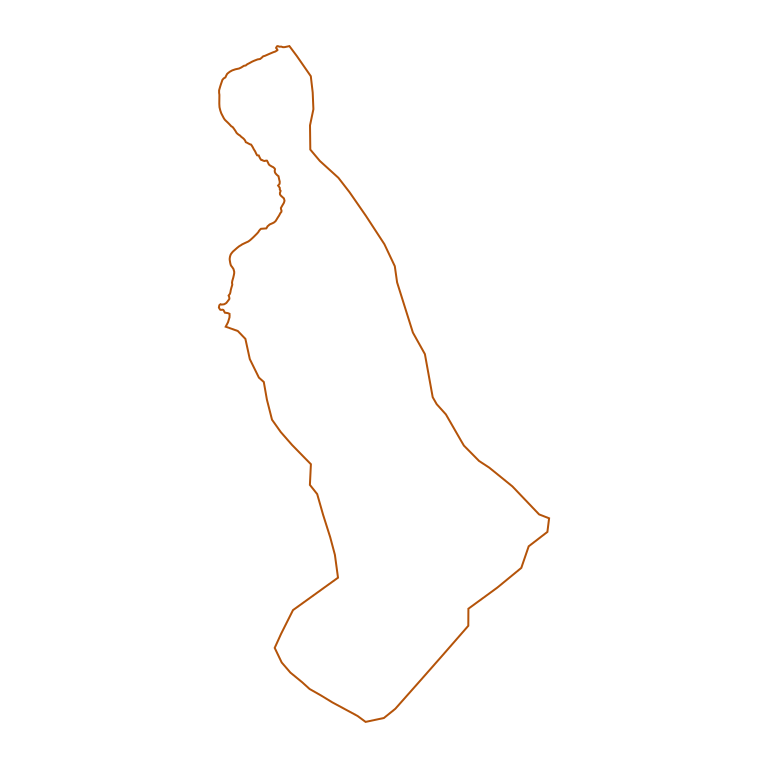 Ouani, Andjouân, Comoros
{"feature_id": "10938185B16418977449415", "entity_name": "Ouani", "entity_type": "district", "adm_level": 2, "iso_a3": "COM", "parent_name": "Comoros", "parent_adm1": "Andjouân", "projection": "mercator", "projection_center": [44.433, -12.159], "detail": "fine", "context": "isolated", "style": "outline", "palette": "amber", "viewbox_px": 768, "rotation_deg": 0, "n_neighbors": 0, "source": "geoboundaries", "source_scale": "gbopen_adm2", "svg_char_len": 3250}
<svg xmlns="http://www.w3.org/2000/svg" viewBox="0 0 768 768"><path d="M289.4,46.1L284.8,47.1L283.0,47.2L281.2,46.6L279.5,46.7L277.8,46.1L276.9,46.4L276.1,47.9L277.4,49.8L277.4,50.2L275.4,51.5L273.1,52.3L269.3,53.9L265.0,55.8L263.2,56.3L261.5,57.9L260.1,59.0L257.6,59.4L254.0,60.8L252.0,61.7L249.3,63.2L247.3,64.2L245.7,65.5L243.9,65.8L241.4,67.4L239.1,68.5L235.4,69.3L232.2,70.4L229.7,71.8L228.3,72.9L227.2,73.8L226.2,75.6L225.4,77.4L223.7,78.4L222.4,79.9L221.9,81.4L220.8,84.6L220.1,86.8L219.1,90.3L219.1,92.8L219.4,94.8L219.3,103.7L219.5,107.2L220.3,110.5L221.3,113.4L223.8,118.2L224.8,119.7L226.0,120.9L227.6,122.4L229.0,123.8L230.3,125.2L231.3,126.3L232.6,127.0L233.7,128.4L234.6,129.7L235.6,131.2L236.5,132.8L237.6,133.9L238.8,134.8L240.1,135.6L241.1,136.7L243.2,138.3L244.1,139.2L245.1,140.5L245.8,142.2L246.8,142.6L248.6,143.6L250.2,144.4L251.1,144.6L251.9,145.8L252.9,147.5L253.7,149.1L255.2,151.5L256.1,153.5L257.1,155.3L258.8,155.5L259.6,157.4L260.3,158.7L261.3,160.0L262.4,160.1L263.2,160.7L264.6,161.0L266.1,160.6L267.0,160.7L267.8,162.2L268.8,164.3L269.5,165.1L270.5,165.7L271.8,166.5L273.1,167.1L274.4,168.2L275.0,169.1L274.7,171.0L275.0,172.5L275.7,173.6L277.1,175.1L278.5,176.2L278.8,177.7L279.3,180.0L279.7,181.4L279.7,182.5L279.6,183.8L278.4,185.2L278.1,185.6L278.7,186.3L279.8,187.9L279.8,189.6L280.6,190.9L279.9,193.0L280.0,194.4L280.7,195.5L283.9,198.4L284.5,200.6L284.4,201.2L283.9,202.8L282.2,205.7L280.9,208.0L281.0,209.0L281.5,210.7L281.4,211.8L280.3,213.2L279.0,215.7L278.0,217.2L275.6,221.1L274.1,222.4L272.8,223.1L271.2,223.8L269.6,224.5L268.3,225.7L267.6,226.2L267.0,227.3L266.3,228.4L261.0,228.8L260.2,229.5L259.0,230.9L258.4,232.0L257.0,233.6L255.1,235.5L253.7,236.9L252.2,238.3L250.2,240.1L248.3,241.5L246.1,242.5L244.4,243.3L241.9,244.5L241.6,244.8L239.1,246.3L237.1,247.9L234.6,250.1L232.9,251.6L231.5,253.3L230.7,254.5L230.0,256.6L229.7,258.5L229.7,259.8L230.2,262.8L230.7,264.9L231.3,266.0L232.2,267.1L233.5,269.1L234.2,271.7L234.2,273.2L233.8,275.3L233.3,277.5L232.3,280.9L232.0,282.8L232.3,284.7L231.4,287.7L230.8,289.9L230.4,292.2L230.0,293.7L228.6,295.6L229.0,296.4L229.3,297.6L229.4,298.8L228.7,299.9L227.4,301.6L226.3,303.0L225.0,303.8L224.0,304.3L223.0,304.4L221.6,304.6L220.6,304.2L219.6,304.9L219.2,305.8L218.9,307.6L219.4,308.5L220.1,309.6L220.9,309.9L221.7,309.8L222.7,309.7L223.4,310.0L224.9,312.7L227.8,313.1L229.5,313.8L229.6,315.5L229.5,317.4L228.0,322.3L225.7,326.7L237.8,331.0L245.4,338.9L249.8,359.1L258.9,377.6L263.8,382.0L266.9,399.6L272.0,419.7L280.8,432.1L292.0,444.9L304.9,458.1L310.9,464.2L309.9,484.9L317.2,494.1L323.1,514.8L330.2,537.2L334.9,554.8L338.0,577.7L293.0,610.1L281.1,633.8L274.7,647.9L281.7,662.5L290.4,672.6L302.1,682.2L309.6,689.0L320.9,695.4L332.2,702.3L357.6,716.0L365.6,721.9L383.9,718.0L395.3,708.8L419.4,681.6L441.6,656.4L468.3,625.8L468.4,608.7L497.3,587.6L521.3,567.9L528.7,546.3L547.4,531.9L549.1,518.3L539.1,514.4L512.4,486.4L489.2,467.6L479.1,461.0L463.9,445.6L461.2,441.0L451.2,423.6L445.9,414.4L436.7,404.2L432.7,397.2L424.9,354.1L412.9,332.6L397.1,282.4L394.8,266.2L384.4,244.2L366.0,216.0L349.6,192.3L338.4,177.8L319.9,161.0L310.3,149.6L310.0,125.4L313.4,109.2L312.7,92.5L310.8,76.2L296.8,56.0L289.4,46.1Z" fill="none" stroke="#b45309" stroke-width="2"/></svg>